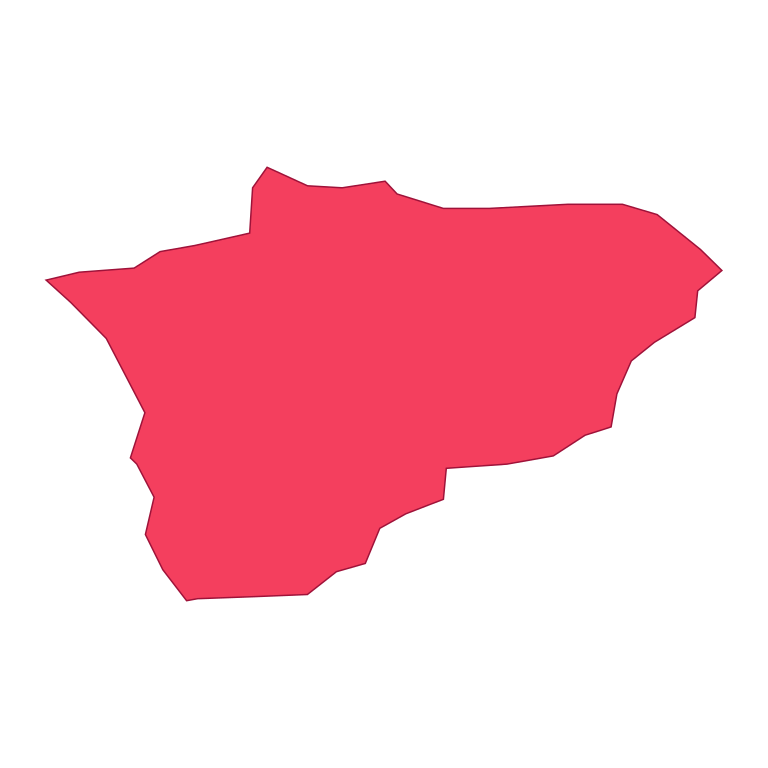 Ängelholm, Skåne, Sweden
{"feature_id": "70781695B30639939072107", "entity_name": "Ängelholm", "entity_type": "district", "adm_level": 2, "iso_a3": "SWE", "parent_name": "Sweden", "parent_adm1": "Skåne", "projection": "natural_earth1", "projection_center": [12.99, 56.279], "detail": "fine", "context": "isolated", "style": "filled", "palette": "rose", "viewbox_px": 768, "rotation_deg": 0, "n_neighbors": 0, "source": "geoboundaries", "source_scale": "gbopen_adm2", "svg_char_len": 717}
<svg xmlns="http://www.w3.org/2000/svg" viewBox="0 0 768 768"><path d="M186.6,600.7L197.5,598.7L255.3,596.6L307.4,594.5L336.4,571.7L365.3,563.4L379.8,528.3L405.8,513.8L428.0,505.2L443.4,499.3L446.3,468.3L507.0,464.1L553.3,455.9L585.1,435.2L602.2,429.8L611.1,426.9L616.9,393.9L631.3,360.9L654.4,342.3L694.9,317.6L697.7,290.8L721.9,270.5L700.6,249.6L657.2,214.6L622.5,204.3L567.6,204.3L489.6,208.4L443.3,208.4L397.1,194.0L385.1,181.2L342.2,187.8L307.5,185.8L267.1,167.3L252.6,187.8L249.7,233.1L194.8,245.5L160.1,251.6L134.1,268.1L79.2,272.2L46.1,280.1L70.7,302.4L106.3,338.5L144.9,412.7L130.4,457.9L136.8,464.1L154.1,497.2L145.4,534.5L162.8,569.7L186.6,600.7Z" fill="#f43f5e" stroke="#9f1239" stroke-width="1.5"/></svg>